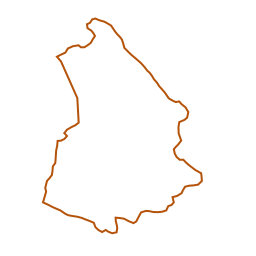 outline of Casserengue, Paraíba, Brazil, rotated 185°
{"feature_id": "56859067B62762584744623", "entity_name": "Casserengue", "entity_type": "district", "adm_level": 2, "iso_a3": "BRA", "parent_name": "Brazil", "parent_adm1": "Paraíba", "projection": "orthographic", "projection_center": [-35.847, -6.765], "detail": "fine", "context": "isolated", "style": "outline", "palette": "amber", "viewbox_px": 256, "rotation_deg": 185, "n_neighbors": 0, "source": "geoboundaries", "source_scale": "gbopen_adm2", "svg_char_len": 1739}
<svg xmlns="http://www.w3.org/2000/svg" viewBox="0 0 256 256"><g transform="rotate(185 128 128)"><path d="M173.1,233.1L175.1,229.4L177.9,227.8L177.0,223.9L173.0,221.8L170.8,219.5L168.9,216.8L170.6,213.8L172.5,209.5L175.6,206.8L178.5,204.6L181.9,204.3L184.5,206.1L190.1,204.6L194.8,202.0L197.0,197.6L200.9,195.4L205.0,192.8L200.5,188.4L181.1,153.4L177.6,129.0L180.8,126.1L184.2,124.1L188.6,121.0L191.0,117.4L188.1,114.7L190.4,111.6L193.5,109.6L197.0,109.0L197.0,104.3L197.6,99.2L197.4,90.7L197.4,86.8L199.5,83.2L199.5,78.9L199.7,74.6L202.0,70.9L204.1,68.2L205.2,61.2L204.0,57.4L206.2,46.5L200.9,44.6L195.5,42.4L188.2,40.0L183.1,37.1L179.9,35.9L175.7,35.5L171.0,35.2L166.7,34.5L162.3,33.2L157.7,31.9L153.8,30.6L151.8,26.4L148.6,23.8L144.7,22.1L141.3,24.5L138.4,22.9L134.5,21.8L130.3,23.1L130.0,27.4L130.8,30.6L132.0,33.9L132.5,37.6L128.5,37.6L124.0,37.3L119.3,35.3L114.2,33.7L111.6,35.7L109.8,40.0L107.6,45.1L102.9,47.0L99.2,47.0L95.4,46.5L90.6,46.8L86.6,47.6L82.7,49.2L81.1,53.7L77.9,55.1L75.9,57.9L77.6,63.0L73.0,64.7L68.9,67.8L67.9,70.7L66.0,74.5L61.9,75.9L57.9,76.5L53.2,77.7L49.8,81.7L50.5,86.2L51.2,89.3L57.2,92.0L63.4,95.9L67.0,98.5L70.1,101.2L73.7,100.9L77.0,103.3L79.1,106.4L80.5,110.8L78.6,113.5L76.6,115.9L73.9,120.1L77.1,127.2L77.8,133.4L77.4,138.4L72.6,140.9L70.0,143.4L69.3,149.1L72.5,153.6L76.6,156.3L79.3,158.9L82.7,158.0L85.8,159.1L90.0,161.1L94.4,166.5L97.4,169.4L100.7,172.5L103.0,175.6L106.4,178.8L108.6,181.9L111.1,184.8L114.0,187.0L116.7,190.0L120.5,193.6L123.2,195.6L127.3,198.6L130.8,201.0L133.9,203.5L138.6,207.5L140.1,211.7L141.8,215.6L144.0,218.0L147.1,220.7L149.4,223.1L151.6,225.9L153.8,228.6L156.7,230.0L160.6,231.8L166.2,232.9L170.1,234.2L173.1,233.1Z" fill="none" stroke="#b45309" stroke-width="2"/></g></svg>